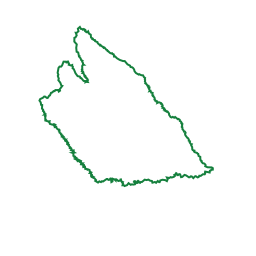 outline of Gaúcha do Norte, Mato Grosso, Brazil, rotated 121°
{"feature_id": "56859067B19542513591026", "entity_name": "Gaúcha do Norte", "entity_type": "district", "adm_level": 2, "iso_a3": "BRA", "parent_name": "Brazil", "parent_adm1": "Mato Grosso", "projection": "orthographic", "projection_center": [-53.491, -12.873], "detail": "fine", "context": "isolated", "style": "outline", "palette": "green", "viewbox_px": 256, "rotation_deg": 121, "n_neighbors": 0, "source": "geoboundaries", "source_scale": "gbopen_adm2", "svg_char_len": 5866}
<svg xmlns="http://www.w3.org/2000/svg" viewBox="0 0 256 256"><g transform="rotate(121 128 128)"><path d="M162.2,204.1L163.0,203.1L163.4,203.1L163.4,202.5L164.1,202.5L163.5,199.9L162.6,198.7L163.8,198.4L164.0,197.7L164.7,197.1L164.1,194.5L163.4,194.0L163.8,193.2L162.8,193.1L162.7,192.0L163.3,192.1L164.9,191.2L163.9,190.1L165.0,189.0L165.3,187.5L164.9,186.4L165.8,185.9L165.4,185.4L167.2,184.4L167.3,182.8L168.0,182.2L167.8,181.6L168.9,180.8L168.3,180.7L168.2,180.0L169.4,179.0L168.9,178.4L170.2,177.6L169.7,176.7L170.9,175.7L170.2,175.1L171.3,175.0L171.3,173.7L170.7,173.6L170.9,173.0L171.9,172.6L171.6,171.6L172.6,171.2L172.7,171.9L173.1,171.8L172.8,170.1L173.6,170.0L174.0,168.4L175.3,167.6L175.2,167.0L174.5,166.8L174.7,166.3L174.1,166.3L175.3,165.8L175.7,165.0L176.2,165.1L175.8,164.2L176.4,163.6L175.3,163.0L176.7,161.9L176.7,161.4L177.9,162.8L177.7,161.8L180.0,160.5L179.8,158.7L180.9,158.6L180.2,156.7L180.9,156.3L181.7,156.8L181.5,155.5L182.0,154.9L181.6,154.2L182.1,153.9L181.3,153.2L180.7,153.9L180.5,151.2L181.5,151.0L181.5,152.0L181.9,151.9L181.8,150.1L182.8,149.8L182.0,148.8L183.1,149.0L182.4,147.3L183.2,146.9L182.7,146.4L183.5,145.8L184.1,146.5L184.5,146.2L183.4,144.9L185.1,143.5L184.6,142.9L184.3,142.1L184.7,141.3L184.0,140.8L183.8,139.4L184.8,138.6L184.9,137.6L186.2,137.6L185.5,136.5L186.3,136.5L186.5,135.8L187.6,135.2L187.0,134.6L187.7,134.1L187.7,133.4L188.5,134.4L188.7,134.1L188.4,130.8L189.1,128.6L190.2,128.8L190.2,125.6L188.5,125.1L188.3,123.3L187.0,122.9L186.8,121.9L182.7,120.0L182.3,119.3L182.6,118.1L182.0,117.3L180.4,117.1L180.3,116.4L182.9,114.4L181.8,113.8L179.4,115.1L179.1,113.0L179.4,111.6L178.4,112.2L178.0,111.5L178.4,109.0L176.8,107.3L176.0,107.9L175.7,107.6L177.2,106.1L177.0,104.6L177.9,104.7L178.1,103.7L179.9,103.2L179.2,102.0L179.5,101.1L177.5,99.4L175.0,99.1L175.3,96.4L174.4,95.8L173.7,94.2L172.6,93.0L171.5,93.0L171.1,95.2L170.3,95.2L169.9,94.3L170.7,92.5L170.4,91.8L169.9,91.6L168.6,92.4L168.1,92.2L168.2,91.2L169.0,90.3L168.8,89.4L167.6,89.2L167.0,88.2L163.7,87.1L163.1,85.3L161.7,83.9L161.8,82.0L161.1,80.2L162.3,78.9L160.4,77.1L160.5,75.7L158.1,75.2L158.4,73.5L158.1,73.0L156.3,73.3L154.6,71.8L153.5,69.2L153.5,67.3L151.4,67.6L150.4,69.1L149.6,66.9L148.1,66.1L147.9,65.0L146.2,63.5L144.9,63.1L144.4,64.1L143.7,63.6L141.9,63.5L141.9,62.9L143.0,61.5L142.6,60.8L141.2,60.4L140.9,59.4L142.8,57.2L142.0,56.3L139.1,55.4L138.7,53.8L138.9,50.4L138.4,49.7L137.2,49.4L136.7,48.5L137.3,46.2L135.0,45.7L134.4,45.1L134.5,42.9L133.7,42.2L132.2,42.3L131.6,41.0L129.1,40.0L128.2,38.4L127.4,38.3L126.4,39.2L125.6,39.4L124.1,35.1L122.5,35.8L121.7,35.1L120.8,35.1L120.1,33.9L119.5,34.1L118.7,34.7L118.7,36.0L120.7,39.6L121.0,42.1L119.8,42.4L119.4,43.2L119.2,44.4L119.7,45.8L119.0,47.8L118.4,47.8L118.0,49.6L115.5,51.2L115.6,53.1L114.1,54.4L114.3,54.7L113.8,56.0L114.4,58.6L114.0,59.4L113.2,59.5L113.6,61.1L113.3,61.8L111.3,63.2L110.3,64.9L109.2,65.0L109.5,65.6L108.6,67.7L107.5,68.0L107.6,69.4L106.7,69.8L105.8,71.2L105.9,72.0L104.7,75.0L103.6,76.2L102.5,76.1L102.1,76.7L101.8,77.4L102.3,78.2L101.5,79.0L101.0,80.7L99.8,81.4L99.4,82.5L98.4,82.5L97.6,83.4L96.6,83.4L96.4,84.8L95.8,84.8L95.2,86.2L95.3,87.2L94.3,87.9L94.2,89.4L94.8,89.8L94.3,93.3L95.4,93.7L95.4,95.4L96.5,96.0L96.7,97.1L95.5,99.6L94.5,100.2L93.7,102.0L94.1,102.8L94.1,103.8L93.7,103.7L94.1,105.2L93.5,105.2L93.0,106.2L93.6,106.8L92.5,107.3L92.9,108.6L92.4,108.5L91.9,110.1L91.0,109.8L90.0,111.0L90.3,112.2L89.6,112.5L90.0,114.8L91.3,115.7L90.8,115.8L90.8,117.0L90.2,117.1L90.6,118.7L90.0,119.1L90.0,120.0L88.8,120.4L88.2,121.2L87.8,123.1L87.1,123.2L87.2,124.1L85.2,125.0L85.7,126.4L84.5,127.8L85.2,128.5L84.8,128.5L83.5,130.4L83.5,129.9L82.1,130.5L82.3,131.3L81.2,132.1L81.6,133.4L81.0,134.3L80.8,136.1L80.3,136.0L79.3,137.6L78.0,138.0L77.5,138.8L76.3,139.1L76.1,140.7L75.1,142.2L75.9,143.8L76.1,146.1L76.7,146.3L76.8,149.4L76.0,151.6L74.7,152.9L74.0,154.4L73.8,155.6L74.4,157.2L73.5,158.3L73.7,161.2L72.3,165.3L73.2,166.8L73.9,170.1L73.9,173.5L73.3,175.7L74.0,176.7L73.5,177.2L73.1,177.0L72.2,178.4L72.6,179.4L72.1,180.2L72.8,181.0L72.9,182.4L72.3,184.7L72.6,185.1L71.9,186.0L72.1,186.9L71.2,189.4L71.8,190.0L71.3,190.6L71.6,191.0L71.3,191.7L71.5,193.1L71.1,193.8L71.6,194.5L71.0,194.9L71.3,195.7L70.9,197.6L70.1,198.4L70.5,200.9L69.7,201.5L70.2,203.0L69.8,203.7L70.1,204.3L69.5,204.5L69.5,206.3L67.2,208.0L67.2,210.0L65.8,211.8L66.8,211.9L67.2,212.8L66.7,213.3L67.2,213.9L67.0,214.8L65.9,215.2L65.9,215.7L66.5,215.5L66.1,217.0L67.0,217.4L66.8,218.4L67.3,219.4L66.2,221.3L68.7,222.1L70.5,220.3L72.9,221.0L73.3,221.8L75.0,219.7L77.3,219.7L78.3,220.4L81.6,218.5L82.7,215.0L85.9,213.7L89.1,211.3L88.9,209.6L91.6,207.1L91.5,206.7L92.0,206.7L92.7,204.5L93.9,203.1L93.8,201.6L94.7,201.5L95.6,199.9L96.5,199.5L96.6,198.5L97.1,199.2L98.5,199.2L100.4,197.9L101.6,197.7L101.7,197.0L103.1,196.8L102.9,195.5L103.2,195.0L104.3,195.2L104.1,194.6L104.8,193.0L105.5,192.5L105.3,191.7L106.2,191.6L106.6,190.0L106.2,189.9L106.9,188.0L107.5,187.8L107.6,187.0L108.9,186.9L109.3,186.2L109.8,187.2L109.3,187.8L110.5,188.2L109.7,188.7L110.5,190.3L109.3,193.7L109.7,194.4L108.7,195.7L109.5,197.9L108.1,201.2L105.5,204.7L105.3,206.3L103.9,206.8L103.5,207.9L102.8,208.3L103.8,209.1L104.3,211.3L103.5,211.4L101.9,213.7L102.4,214.2L103.1,213.8L103.6,214.6L103.2,215.5L104.3,217.4L108.4,216.7L109.9,217.0L110.6,218.3L112.3,218.5L117.0,216.7L118.2,215.1L119.5,215.0L121.3,212.8L122.9,212.3L124.0,209.4L126.0,206.9L125.8,206.0L130.2,206.5L131.0,205.5L132.4,206.1L131.4,207.4L132.9,209.8L134.2,209.9L134.7,210.8L136.5,211.2L137.5,212.1L140.2,211.7L140.9,212.2L143.5,212.3L144.0,212.8L143.8,215.4L144.3,216.1L145.9,216.5L148.5,218.2L150.1,218.0L151.0,216.0L152.9,214.4L152.5,213.4L155.7,211.7L156.0,210.2L157.2,209.7L157.1,208.7L158.0,208.0L157.8,207.6L158.6,206.8L158.6,206.1L159.4,206.4L159.0,205.8L160.4,205.3L160.2,204.8L162.2,204.1Z" fill="none" stroke="#15803d" stroke-width="2"/></g></svg>